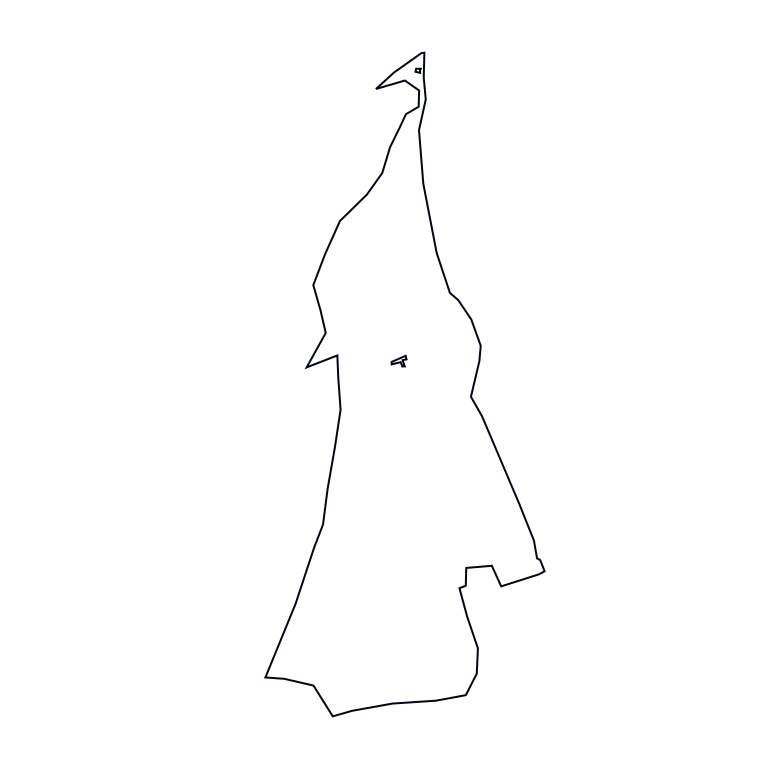 Khavas, Sirdaryo, Uzbekistan, rotated 265°
{"feature_id": "79887680B15135305398470", "entity_name": "Khavas", "entity_type": "district", "adm_level": 2, "iso_a3": "UZB", "parent_name": "Uzbekistan", "parent_adm1": "Sirdaryo", "projection": "equal_earth", "projection_center": [68.817, 40.265], "detail": "fine", "context": "isolated", "style": "outline", "palette": "ink", "viewbox_px": 768, "rotation_deg": 265, "n_neighbors": 0, "source": "geoboundaries", "source_scale": "gbopen_adm2", "svg_char_len": 1108}
<svg xmlns="http://www.w3.org/2000/svg" viewBox="0 0 768 768"><g transform="rotate(265 384 384)"><path d="M183.5,527.7L195.1,524.2L196.9,521.3L215.2,519.7L231.5,514.7L252.5,508.4L343.2,478.9L363.7,469.5L398.4,481.0L413.6,483.7L440.6,476.6L460.9,465.4L469.0,457.6L509.9,447.9L560.9,442.6L580.3,440.6L606.8,440.8L633.9,441.0L663.8,450.4L685.9,450.3L710.5,453.1L710.3,450.0L693.4,421.1L678.6,401.7L684.5,431.2L673.3,444.6L657.2,442.7L650.9,429.4L638.6,422.3L619.2,410.6L594.4,400.7L574.2,383.5L550.3,354.4L518.6,336.7L488.7,322.2L462.2,327.3L439.9,330.4L407.3,308.4L416.5,340.0L394.5,339.0L362.1,338.5L324.1,329.3L284.9,318.8L249.3,311.0L227.0,300.1L172.8,276.8L102.0,240.3L99.0,258.9L89.7,287.5L57.4,304.0L61.2,323.6L64.9,364.4L64.0,408.3L66.9,438.4L87.4,451.2L112.5,454.5L145.4,446.5L174.0,441.4L175.9,447.9L193.6,449.9L193.5,475.6L172.2,483.1L181.0,522.2L183.5,527.7ZM405.3,393.5L410.2,408.0L406.6,408.6L406.1,404.6L399.7,406.2L399.9,403.8L404.3,402.5L402.9,393.4L405.3,393.5ZM695.2,443.5L694.8,448.1L693.3,447.2L690.8,447.1L692.3,442.6L695.2,443.5Z" fill="none" stroke="#020617" stroke-width="2"/></g></svg>